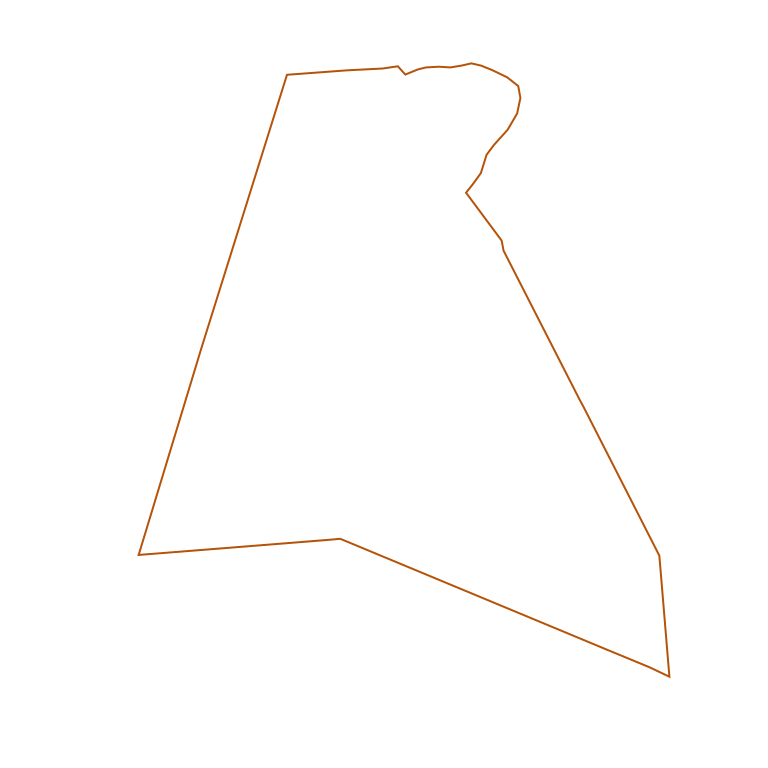 Francinópolis, Piauí, Brazil (orthographic projection), rotated 265°
{"feature_id": "56859067B56401376312318", "entity_name": "Francinópolis", "entity_type": "district", "adm_level": 2, "iso_a3": "BRA", "parent_name": "Brazil", "parent_adm1": "Piauí", "projection": "orthographic", "projection_center": [-42.191, -6.417], "detail": "fine", "context": "isolated", "style": "outline", "palette": "amber", "viewbox_px": 768, "rotation_deg": 265, "n_neighbors": 0, "source": "geoboundaries", "source_scale": "gbopen_adm2", "svg_char_len": 619}
<svg xmlns="http://www.w3.org/2000/svg" viewBox="0 0 768 768"><g transform="rotate(265 384 384)"><path d="M178.8,643.3L189.1,643.3L343.5,580.9L351.6,577.4L506.5,514.7L516.6,513.7L567.4,482.4L575.4,490.0L585.7,498.9L603.5,506.2L612.9,514.7L626.6,529.4L641.9,540.2L657.0,544.8L669.1,543.7L678.8,533.4L687.3,519.1L692.7,508.5L695.8,499.0L694.4,488.6L693.6,477.6L695.3,466.2L695.7,453.3L694.4,445.1L690.4,432.2L699.3,425.5L698.4,410.2L699.7,374.4L700.2,335.8L700.5,314.3L436.1,205.4L235.1,124.7L233.6,314.3L233.6,326.9L99.9,582.9L78.6,623.9L67.5,642.8L178.8,643.3Z" fill="none" stroke="#b45309" stroke-width="2"/></g></svg>